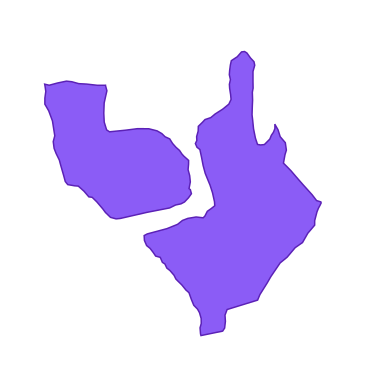 outline of Nacka, Stockholm, Sweden, rotated 255°
{"feature_id": "70781695B29923564052107", "entity_name": "Nacka", "entity_type": "district", "adm_level": 2, "iso_a3": "SWE", "parent_name": "Sweden", "parent_adm1": "Stockholm", "projection": "albers", "projection_center": [18.245, 59.301], "detail": "fine", "context": "isolated", "style": "filled", "palette": "violet", "viewbox_px": 384, "rotation_deg": 255, "n_neighbors": 0, "source": "geoboundaries", "source_scale": "gbopen_adm2", "svg_char_len": 2524}
<svg xmlns="http://www.w3.org/2000/svg" viewBox="0 0 384 384"><g transform="rotate(255 192 192)"><path d="M236.2,289.5L235.6,289.5L231.8,288.5L228.6,286.1L226.2,283.3L223.0,280.9L221.0,277.5L219.1,274.2L219.7,270.4L221.0,267.6L227.6,267.2L237.1,267.8L245.7,269.2L251.1,270.0L260.0,272.7L265.0,274.3L272.7,276.1L276.5,277.9L282.9,279.5L292.6,282.1L298.2,285.4L301.8,285.6L306.3,283.2L312.1,281.0L314.1,279.1L314.5,276.1L310.9,270.7L308.7,264.0L304.9,262.0L299.6,259.8L295.6,258.4L290.6,258.2L286.4,256.0L282.5,255.2L276.1,254.5L271.3,253.7L267.3,250.3L264.0,242.9L261.4,234.6L259.0,229.4L258.6,223.3L256.6,220.1L253.8,215.1L249.2,213.7L244.3,210.8L240.5,210.0L237.9,207.8L233.9,208.4L231.0,210.6L223.0,210.2L214.7,209.6L206.5,209.6L198.6,210.6L194.0,211.2L185.9,211.6L176.7,211.2L172.8,210.4L171.0,206.2L169.4,201.8L165.4,198.2L164.2,196.1L166.8,189.5L167.6,181.2L167.0,175.4L164.5,169.7L163.1,158.3L163.1,145.2L163.1,137.9L162.3,134.5L157.5,133.5L152.0,134.3L148.4,136.9L143.6,138.9L139.5,140.3L137.1,144.4L131.7,145.2L129.5,147.2L125.0,148.0L121.8,150.4L116.2,153.1L112.1,153.9L109.3,155.5L104.9,158.1L98.6,160.9L95.6,163.0L88.2,163.6L82.1,164.4L77.5,167.0L73.5,168.0L67.4,168.1L62.6,166.9L58.7,164.6L52.7,163.5L51.0,163.5L49.7,185.6L52.1,188.3L58.4,190.8L64.5,192.0L69.4,195.5L69.8,206.3L70.6,227.4L75.4,231.1L84.6,241.0L89.9,246.3L95.6,252.9L100.7,258.8L104.4,267.0L111.5,277.2L114.6,285.7L122.2,293.2L128.2,301.9L132.6,303.1L140.5,307.6L143.7,310.0L146.0,312.2L148.0,313.9L149.1,313.9L151.5,310.1L158.3,307.3L171.0,300.8L180.4,296.2L186.9,293.1L191.9,290.3L196.2,287.8L204.0,291.5L208.0,294.0L215.5,294.9L222.6,291.5L229.8,291.2L236.2,289.5ZM334.3,77.6L332.8,77.5L327.0,76.8L320.8,74.2L314.9,72.6L307.5,74.6L296.8,75.6L281.8,74.0L276.6,71.0L269.8,70.1L264.4,70.7L257.3,72.1L251.9,72.1L241.0,72.3L234.9,72.3L231.3,73.9L228.4,80.1L227.1,83.7L220.7,87.9L214.0,91.1L212.7,94.2L207.1,97.5L198.9,101.4L194.6,103.1L188.6,106.7L185.7,111.7L185.0,115.9L184.0,143.2L182.4,166.3L183.7,172.8L183.4,178.3L184.3,182.2L187.3,187.1L190.5,191.0L194.7,191.0L196.0,190.0L202.2,193.0L208.4,194.0L214.6,194.0L219.8,195.9L223.4,196.9L228.9,193.3L231.5,192.0L235.4,190.7L239.3,188.1L243.9,185.8L249.1,184.2L252.3,180.3L256.2,178.0L260.1,174.1L264.3,166.6L267.3,155.6L268.9,143.8L271.5,127.9L274.1,125.6L282.2,125.3L291.0,127.2L300.7,130.2L306.3,133.1L311.8,136.0L317.0,136.0L317.5,136.1L319.5,128.4L323.5,118.2L326.0,110.6L329.6,104.5L331.6,99.4L332.1,90.3L332.1,81.7L334.3,77.6Z" fill="#8b5cf6" stroke="#5b21b6" stroke-width="1.5"/></g></svg>